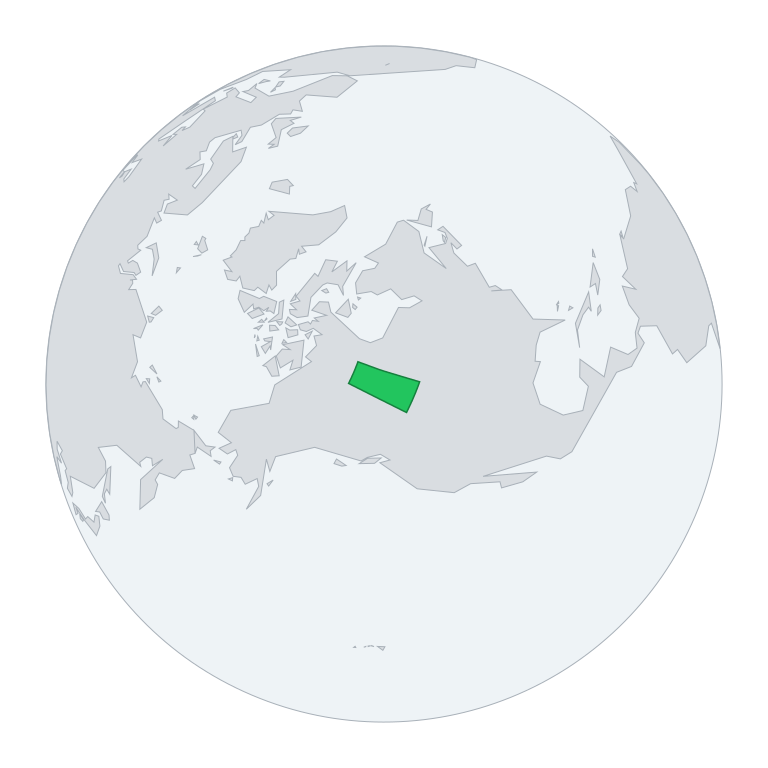 the Earth from above Saskatchewan, rotated 293°
{"feature_id": "CAN-631", "entity_name": "Saskatchewan", "entity_type": "Province", "adm_level": 1, "iso_a3": "CAN", "parent_name": "Canada", "parent_adm1": "", "projection": "orthographic", "projection_center": [-105.491, 54.496], "detail": "fine", "context": "on_globe", "style": "filled", "palette": "green", "viewbox_px": 768, "rotation_deg": 293, "n_neighbors": 0, "source": "natural_earth", "source_scale": "10m", "svg_char_len": 11693}
<svg xmlns="http://www.w3.org/2000/svg" viewBox="0 0 768 768"><g transform="rotate(293 384 384)"><circle cx="384" cy="384" r="338" fill="#eef3f6" stroke="#a8b0b8"/><path d="M547.9,679.5L567.9,661.6L564.5,660.2L544.9,665.3L521.9,654.4L530.5,640.7L524.4,637.8L544.2,612.3L537.4,597.5L530.0,597.9L523.6,607.5L496.9,605.0L485.6,593.5L395.1,583.4L384.0,575.6L381.1,561.7L337.7,511.3L362.6,559.0L348.2,550.0L334.3,532.8L339.3,529.0L326.1,502.7L311.4,491.1L300.5,455.5L309.9,411.0L316.4,419.2L317.9,408.2L309.9,397.3L304.2,393.0L298.6,344.9L274.8,312.6L258.9,313.1L268.9,305.1L233.2,314.0L214.9,306.2L240.8,308.7L247.4,304.2L237.5,295.4L242.2,288.9L240.1,281.2L246.6,274.5L261.2,277.2L265.7,273.2L258.4,267.2L260.4,257.3L270.3,266.5L274.7,250.3L299.9,253.3L321.3,285.8L340.5,283.8L376.3,308.5L378.3,301.2L393.0,306.9L400.8,300.8L405.2,307.7L407.6,297.1L402.0,292.0L401.2,285.8L405.3,282.0L411.6,289.8L410.5,292.9L414.5,293.3L416.0,299.0L417.5,294.0L424.8,304.4L423.7,288.7L434.5,292.4L437.7,300.9L429.4,307.0L416.1,343.7L416.7,355.3L425.9,364.8L460.1,367.4L464.1,377.7L475.4,386.5L476.9,377.3L468.6,367.3L474.2,353.0L463.4,343.1L464.1,336.1L456.2,323.7L466.0,318.3L479.9,320.1L486.9,330.3L493.2,331.6L493.5,316.4L513.4,330.9L538.2,333.0L542.4,338.0L538.0,356.5L520.3,369.7L514.6,396.2L527.1,372.1L537.4,385.8L542.8,385.4L547.3,380.9L546.9,373.2L552.2,376.7L541.9,401.3L536.8,398.4L540.2,390.4L531.9,397.1L525.0,414.8L530.8,420.9L514.2,443.1L518.1,448.0L516.7,455.9L511.6,446.4L520.5,464.2L502.0,495.8L513.7,525.8L492.7,507.4L479.3,508.9L464.0,514.2L465.7,519.2L443.2,520.7L426.4,535.6L425.4,561.1L437.3,577.4L461.8,573.0L466.8,561.5L483.4,554.7L476.6,583.9L506.5,578.2L506.5,597.1L515.9,602.9L529.6,595.2L544.2,593.2L552.7,578.7L567.3,565.1L569.6,578.8L576.1,561.5L585.3,563.2L613.0,543.2L611.4,547.9L635.1,545.4L657.2,530.2L662.4,533.7L660.1,541.8L667.0,535.2L667.0,538.4L691.1,507.7L700.6,495.2L698.4,506.0L686.6,533.8L680.6,545.8L668.5,566.4L654.9,586.0L640.0,604.6L623.8,622.1L606.4,638.4L587.9,653.5L568.3,667.2L547.9,679.5ZM138.4,487.0L139.9,480.6L142.5,487.5L138.4,487.0ZM138.4,474.8L138.4,477.4L138.0,474.8L138.4,474.8ZM136.6,471.7L137.9,474.0L136.1,472.0L136.6,471.7ZM133.8,468.2L135.4,469.8L135.1,469.9L133.8,468.2ZM514.7,536.5L548.7,536.4L531.9,546.4L534.7,542.3L525.5,540.1L509.3,541.0L493.9,549.9L514.7,536.5ZM130.4,461.0L129.7,459.0L131.3,459.9L130.4,461.0ZM524.3,514.1L518.6,515.3L523.9,512.8L524.3,514.1ZM301.0,392.3L309.2,397.9L314.8,410.3L307.3,406.3L301.0,392.3ZM291.2,369.1L296.4,369.6L294.2,381.0L291.9,377.2L291.2,369.1ZM246.5,315.3L252.3,319.5L245.0,317.7L246.5,315.3ZM238.7,281.3L235.6,282.3L235.8,277.9L238.7,281.3ZM451.3,327.6L453.7,325.7L454.0,329.0L451.3,327.6ZM445.7,324.1L444.2,329.2L441.3,328.4L442.2,325.2L445.7,324.1ZM246.0,263.9L247.4,256.9L248.5,264.4L246.0,263.9ZM448.1,318.0L436.3,326.2L431.2,324.7L430.6,311.6L448.1,318.0ZM249.8,253.1L253.0,236.8L246.3,237.2L267.1,227.2L257.5,244.1L259.9,253.1L254.7,250.1L249.8,253.1ZM398.5,292.1L404.6,297.3L395.8,296.6L398.5,292.1ZM393.1,293.2L367.2,301.1L360.2,291.9L370.3,290.9L358.3,282.3L367.7,273.9L376.4,276.7L379.0,284.2L380.6,275.4L393.1,293.2ZM278.1,224.6L281.0,221.3L280.7,225.3L278.1,224.6ZM400.2,283.3L395.6,285.5L389.2,277.6L397.3,271.7L396.8,276.1L400.2,283.3ZM350.6,284.3L347.3,277.7L354.0,269.0L353.6,265.3L367.3,272.9L350.6,284.3ZM400.3,276.0L401.6,269.1L408.3,269.4L404.3,280.6L400.3,276.0ZM384.2,278.1L381.6,274.2L385.7,274.4L384.2,278.1ZM432.7,267.4L427.4,269.8L423.6,265.8L432.7,267.4ZM401.6,266.5L399.3,266.4L397.2,265.2L399.5,260.9L401.6,266.5ZM371.0,266.4L374.5,264.3L365.8,262.8L370.4,256.5L378.7,262.9L377.1,257.5L378.5,255.6L383.7,263.0L371.0,266.4ZM395.4,253.1L407.6,259.5L418.4,255.7L422.1,259.0L404.0,264.7L395.4,253.1ZM388.1,258.2L393.4,255.7L395.3,260.9L392.7,265.9L388.1,258.2ZM370.6,250.1L361.3,258.1L359.8,256.5L370.6,250.1ZM398.2,250.9L395.2,249.4L398.8,250.0L398.2,250.9ZM378.7,249.1L375.6,252.0L374.0,250.1L378.7,249.1ZM391.8,244.2L395.7,246.1L394.1,249.5L391.8,244.2ZM385.5,245.6L384.0,242.2L391.2,249.4L384.4,247.2L385.5,245.6ZM377.6,246.8L375.7,246.6L379.1,245.8L377.6,246.8ZM395.6,230.8L405.1,239.1L401.5,246.2L392.8,237.1L395.6,230.8ZM573.2,104.0L571.6,102.9L571.4,102.8L575.5,105.6L579.3,108.2L580.4,109.2L579.8,108.6L599.4,123.7L617.9,140.2L635.2,158.0L651.1,177.0L665.6,197.1L678.5,218.3L689.9,240.3L699.6,263.1L707.6,286.6L713.8,310.6L718.3,335.0L718.8,342.5L710.6,344.0L705.2,326.0L697.5,317.4L654.4,232.2L652.8,219.1L627.5,172.5L625.6,167.7L636.8,175.2L624.3,150.2L610.6,138.4L591.2,118.1L573.1,104.3L552.2,93.8L581.8,116.0L578.9,118.1L548.7,98.4L521.6,81.1L519.6,81.5L529.9,91.7L516.8,87.7L532.7,95.6L531.4,92.3L541.3,97.5L543.1,100.8L538.4,99.1L544.6,104.9L565.5,112.6L566.4,110.2L586.9,127.6L590.3,125.5L598.4,131.3L595.5,137.1L590.5,135.5L591.0,151.5L598.1,154.4L598.1,139.9L601.2,144.6L610.9,149.6L606.0,149.6L604.0,165.6L618.0,185.9L647.7,215.9L653.3,229.7L652.6,241.0L629.6,228.7L619.7,199.4L611.4,195.6L603.1,202.3L600.8,193.1L596.1,192.5L591.4,182.3L574.5,170.0L568.1,160.7L551.6,158.4L546.1,153.5L557.4,156.1L561.8,153.3L544.7,132.2L538.5,128.9L529.2,129.3L525.7,123.9L518.8,127.1L504.2,117.5L516.3,132.2L505.7,134.1L491.5,130.2L490.2,133.7L513.3,140.3L520.5,140.7L523.3,136.6L544.9,141.2L552.9,148.1L538.5,154.0L548.2,164.8L532.8,165.5L479.9,145.8L462.8,137.0L455.4,114.7L465.0,114.3L472.5,121.9L474.7,111.6L470.1,114.0L467.2,109.8L456.3,111.4L453.7,108.5L447.7,115.2L443.3,111.9L447.2,107.7L427.3,108.2L415.5,103.1L412.2,104.7L412.1,107.8L397.2,99.8L395.4,101.4L399.6,104.5L398.9,109.8L391.9,116.3L387.1,113.2L389.0,110.4L385.8,100.3L391.6,94.0L389.0,93.4L382.8,98.2L386.6,110.4L383.7,115.3L380.5,109.5L381.4,111.9L378.5,113.4L371.1,112.1L374.1,118.7L348.2,141.4L331.3,141.9L331.3,133.7L308.2,148.4L291.0,149.1L294.9,151.8L286.5,161.5L291.8,161.3L293.0,163.4L273.8,189.9L265.5,194.2L261.7,210.0L263.7,211.6L269.6,209.2L267.1,227.2L246.3,237.2L242.8,233.0L232.1,242.7L225.6,232.1L215.3,228.2L214.4,211.9L206.3,210.8L203.1,214.9L189.6,216.9L173.3,208.2L200.9,197.3L228.2,209.8L218.3,202.8L224.8,199.3L223.9,193.8L216.5,189.7L213.1,192.3L223.2,162.0L214.0,145.8L204.2,157.8L193.7,162.7L174.7,157.9L176.5,131.3L162.4,140.0L158.6,140.7L164.3,133.3L170.0,131.8L179.7,124.3L182.0,125.0L193.1,113.5L196.9,114.0L203.6,105.4L196.3,108.6L185.1,118.1L189.3,111.2L172.4,122.5L165.6,126.4L169.0,123.3L188.1,108.7L208.2,95.4L229.2,83.6L251.0,73.3L273.5,64.6L296.6,57.6L320.1,52.2L343.9,48.5L367.9,46.5L392.0,46.2L416.1,47.6L439.9,50.7L463.6,55.6L486.8,62.1L509.5,70.2L531.5,80.0L552.8,91.3L573.2,104.0ZM677.9,260.7L681.2,263.9L677.9,260.7ZM498.5,67.2L478.6,60.2L478.0,62.2L470.3,59.9L473.0,61.6L478.1,62.4L483.0,67.3L471.1,64.4L468.6,65.7L475.1,68.2L496.3,73.0L489.4,65.6L498.0,67.8L498.5,67.2ZM613.8,542.4L617.4,542.5L613.2,545.9L613.8,542.4ZM530.9,553.8L537.5,551.2L541.3,552.0L536.5,555.1L530.9,553.8ZM583.0,526.1L589.9,523.1L583.3,528.9L583.0,526.1ZM553.8,535.8L577.5,529.1L564.5,541.8L549.4,546.0L559.1,539.4L553.8,535.8ZM523.9,525.1L528.3,524.5L527.9,528.1L523.9,525.1ZM528.1,512.4L526.6,513.4L523.9,511.7L528.1,512.4ZM538.0,384.3L539.0,382.5L544.2,379.3L543.0,383.6L538.0,384.3ZM559.7,349.9L567.8,356.4L561.2,354.5L561.2,361.4L547.2,366.3L543.8,340.8L547.8,351.3L559.7,349.9ZM527.5,366.7L536.8,365.9L526.8,367.8L527.5,366.7ZM575.3,201.3L577.1,196.9L583.9,199.8L591.9,213.4L582.2,209.1L575.3,201.3ZM578.0,190.1L561.4,193.2L555.7,185.5L561.7,189.2L559.6,183.7L568.7,188.4L579.5,178.6L586.2,180.7L597.4,203.6L590.0,194.7L588.8,199.3L578.0,190.1ZM529.1,220.0L521.9,222.7L519.0,202.2L526.1,202.2L534.6,215.2L531.2,223.0L529.1,220.0ZM449.3,293.9L446.8,297.3L445.0,295.0L445.7,290.2L449.3,293.9ZM430.5,268.8L458.8,277.0L457.3,281.2L475.6,281.8L478.8,293.1L466.8,292.2L482.9,301.8L473.4,305.6L484.8,311.0L457.7,307.8L449.7,312.1L457.4,302.9L454.8,292.2L451.2,288.9L435.2,282.9L416.8,287.4L411.2,278.1L412.1,270.3L415.7,267.8L418.2,274.5L421.2,266.4L427.6,274.2L430.5,268.8ZM426.6,192.6L428.0,200.1L435.1,187.6L441.5,194.4L441.9,192.5L449.7,195.5L460.0,196.0L461.7,199.9L465.0,198.5L470.2,200.7L475.3,200.1L480.1,207.1L486.7,207.1L485.2,210.5L495.2,208.8L490.0,213.3L496.3,216.9L498.0,210.6L511.9,252.5L521.8,267.6L532.9,278.0L522.4,285.1L505.2,280.2L486.6,269.5L478.6,254.3L475.2,260.6L470.4,255.4L475.1,252.6L465.1,253.8L462.3,248.8L445.7,241.0L433.0,246.5L426.6,244.0L430.2,239.4L421.3,240.2L423.8,230.0L419.3,228.1L417.2,216.5L426.9,209.2L421.1,207.7L419.2,199.2L426.6,192.6ZM395.4,227.4L405.5,216.4L413.9,214.9L414.0,235.9L417.7,239.0L418.0,253.0L405.8,255.1L406.8,250.8L405.0,247.2L409.6,248.0L404.5,244.7L405.8,238.8L402.2,234.7L406.4,232.2L395.4,227.4ZM618.6,161.0L616.3,157.3L611.5,151.2L617.5,154.6L618.6,161.0ZM617.8,172.0L615.0,168.2L621.1,169.4L623.5,173.6L617.8,172.0ZM608.2,165.5L614.3,167.9L612.4,169.1L608.2,165.5ZM554.2,152.9L550.6,149.4L552.2,148.7L556.7,150.2L554.2,152.9ZM449.0,159.1L448.4,163.1L446.1,162.9L438.6,169.3L433.3,165.2L435.7,159.6L449.0,159.1ZM560.2,98.2L568.5,103.1L569.9,104.6L566.8,102.5L560.2,98.2ZM596.7,128.3L590.8,121.7L598.4,129.3L596.7,128.3ZM441.9,155.6L439.4,158.7L438.3,154.8L441.9,155.6ZM429.0,162.5L426.7,158.4L431.7,165.4L429.0,162.5ZM392.9,128.3L409.2,123.6L417.5,118.2L416.6,111.9L424.9,119.2L412.1,127.4L392.9,128.3ZM354.2,139.9L355.1,146.1L350.1,145.3L349.2,143.8L354.2,139.9ZM358.0,142.2L367.7,146.3L365.2,151.1L358.0,146.9L358.0,142.2ZM405.3,149.4L410.5,148.2L411.3,151.3L405.3,149.4ZM141.5,157.0L145.5,154.7L141.5,160.5L139.9,160.4L141.5,157.0ZM132.1,178.6L141.7,161.3L150.1,148.5L145.4,152.9L143.4,151.6L152.9,144.1L150.2,151.8L143.1,162.0L146.2,163.1L143.5,171.0L150.6,169.3L150.8,173.2L142.2,178.0L132.1,178.6ZM154.0,168.3L165.4,170.1L155.9,182.1L151.3,184.4L150.1,178.3L155.1,172.3L154.0,168.3ZM165.4,174.2L170.5,168.6L197.9,162.9L201.3,164.8L175.4,174.6L178.8,169.9L173.7,169.5L165.4,174.2ZM277.9,220.2L280.8,221.2L277.1,222.8L277.9,220.2ZM296.1,163.1L297.2,166.3L292.8,167.8L296.1,163.1ZM297.8,176.0L301.9,172.1L299.5,177.5L297.8,176.0ZM310.9,163.3L304.5,171.1L307.8,161.9L310.9,163.3Z" fill="#d9dde1" stroke="#a8b0b8" stroke-width="1"/><path d="M389.6,416.4L389.0,416.4L388.2,416.4L387.3,416.4L386.5,416.4L385.7,416.4L384.8,416.4L383.9,416.4L383.1,416.4L382.2,416.4L381.4,416.4L380.5,416.4L379.7,416.4L378.8,416.4L378.0,416.3L377.1,416.3L376.3,416.3L375.4,416.3L374.6,416.2L373.7,416.2L372.9,416.2L372.0,416.1L371.2,416.1L370.3,416.1L369.5,416.0L368.6,416.0L367.8,415.9L366.9,415.9L366.6,415.9L366.7,413.8L366.8,411.8L366.9,409.8L367.1,407.7L367.2,405.7L367.3,403.7L367.4,401.7L367.6,399.7L367.7,397.6L367.8,395.6L367.9,393.6L368.1,391.6L368.2,389.6L368.3,387.5L368.4,385.5L368.6,383.5L368.7,381.5L368.8,379.4L369.0,377.4L369.1,375.4L369.2,373.4L369.4,371.3L369.5,369.3L369.6,367.3L369.8,365.3L369.9,363.3L370.0,361.2L370.2,359.2L370.3,357.2L370.4,355.2L370.6,353.2L370.7,351.2L372.2,351.3L373.7,351.3L375.1,351.4L376.6,351.5L378.1,351.5L379.5,351.5L381.0,351.6L382.5,351.6L384.0,351.6L385.4,351.6L386.9,351.6L388.4,351.5L389.9,351.5L391.3,351.5L392.8,351.4L394.3,351.3L394.3,352.0L394.4,352.7L394.4,353.3L394.4,354.0L394.6,357.3L394.8,360.7L394.9,364.0L395.1,367.3L395.2,369.5L395.3,371.6L395.4,373.8L395.6,375.9L395.7,377.2L395.8,378.4L395.9,379.7L396.1,381.0L396.2,382.2L396.3,383.5L396.5,384.7L396.6,386.0L396.7,387.3L396.9,388.5L397.0,389.8L397.2,391.0L397.3,392.3L397.4,393.5L397.6,394.8L397.7,396.1L397.8,397.3L398.0,398.6L398.1,399.8L398.3,401.1L398.4,402.3L398.5,403.6L398.7,404.9L398.8,406.1L399.0,407.4L399.1,408.6L399.3,409.9L399.4,411.1L399.5,412.4L399.7,413.6L399.8,414.9L400.0,415.9L399.2,416.0L398.4,416.0L397.5,416.1L396.7,416.1L395.8,416.2L395.0,416.2L394.1,416.2L393.3,416.3L392.4,416.3L391.6,416.3L390.7,416.3L389.9,416.3L389.6,416.4Z" fill="#22c55e" stroke="#15803d" stroke-width="1.5"/></g></svg>